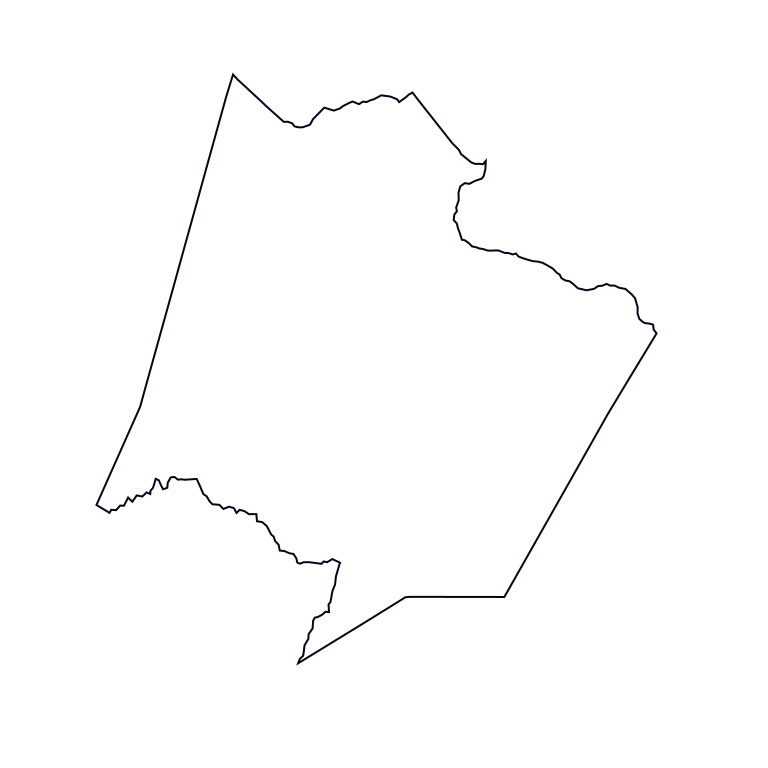 Ibimirim, Pernambuco, Brazil, rotated 192°
{"feature_id": "56859067B15287287127442", "entity_name": "Ibimirim", "entity_type": "district", "adm_level": 2, "iso_a3": "BRA", "parent_name": "Brazil", "parent_adm1": "Pernambuco", "projection": "robinson", "projection_center": [-37.602, -8.575], "detail": "fine", "context": "isolated", "style": "outline", "palette": "ink", "viewbox_px": 768, "rotation_deg": 192, "n_neighbors": 0, "source": "geoboundaries", "source_scale": "gbopen_adm2", "svg_char_len": 2672}
<svg xmlns="http://www.w3.org/2000/svg" viewBox="0 0 768 768"><g transform="rotate(192 384 384)"><path d="M222.0,200.7L179.2,336.4L159.0,400.6L157.2,405.9L147.4,434.3L127.9,490.2L131.5,493.2L133.1,498.0L136.7,498.3L141.8,497.8L144.6,498.9L147.9,500.9L150.7,505.8L151.8,511.8L156.3,520.1L160.2,523.1L167.6,527.2L173.8,527.0L178.8,528.2L183.2,527.3L187.0,528.2L191.0,525.5L195.0,524.2L198.3,520.8L205.3,517.8L214.2,517.9L219.5,521.0L223.7,523.0L228.2,523.0L232.4,524.4L235.1,527.7L237.9,528.6L242.9,532.0L249.8,534.3L254.1,535.5L259.0,535.7L263.9,535.1L272.6,535.7L278.8,536.6L282.1,539.1L284.9,537.5L289.6,538.0L293.4,537.3L299.3,538.4L302.2,538.0L306.6,536.8L310.0,536.1L315.2,536.6L319.1,536.4L322.1,536.9L326.4,536.9L330.6,539.6L334.9,541.4L337.8,541.3L341.8,548.3L343.8,551.3L346.1,556.1L350.0,558.9L350.4,564.6L348.6,568.0L350.1,571.7L349.1,579.3L350.9,586.6L350.5,593.2L346.8,597.2L342.0,597.6L337.6,601.3L334.7,603.1L331.1,605.2L329.7,608.1L329.5,615.3L330.8,623.4L332.8,619.6L337.0,619.1L340.7,618.2L344.7,618.9L356.5,624.9L359.3,628.5L367.1,633.6L409.7,669.0L416.7,675.0L420.0,672.2L421.9,669.4L427.8,662.9L430.3,665.2L437.5,666.5L446.7,665.8L453.0,660.5L456.5,658.6L459.5,656.2L463.4,655.8L466.7,652.5L473.5,653.8L477.0,651.3L482.0,647.2L484.6,644.2L489.9,641.0L499.9,641.9L508.5,628.3L510.3,622.2L516.9,618.2L520.8,617.3L525.2,617.4L528.0,619.9L532.4,620.5L536.6,619.6L557.5,631.6L561.8,634.3L590.7,651.5L596.0,655.3L598.0,633.2L602.0,568.7L604.3,530.8L605.0,519.0L607.5,478.8L609.0,454.3L609.6,444.2L609.9,438.9L613.5,381.1L616.4,334.5L617.8,310.9L640.1,205.9L625.7,200.9L624.6,204.3L619.8,204.9L616.8,210.2L613.0,210.9L610.7,219.7L605.7,216.5L602.7,223.6L597.0,223.7L593.7,228.6L589.8,227.8L590.2,231.1L588.4,234.3L588.0,237.8L587.6,243.7L584.2,243.0L580.8,238.2L578.2,235.1L574.4,237.4L575.0,242.5L573.2,248.3L569.7,249.5L565.6,247.6L562.5,248.6L558.6,249.0L547.5,252.2L542.2,245.1L540.4,242.4L537.7,238.7L534.1,237.3L530.4,233.1L526.8,230.7L519.9,231.6L515.2,228.4L509.9,231.8L505.0,231.4L501.5,227.2L499.0,230.9L494.1,230.6L489.0,228.6L481.8,230.2L479.7,223.3L474.5,223.6L469.0,220.6L463.2,213.4L460.3,211.9L457.8,207.7L453.7,204.9L451.3,199.4L446.9,199.9L441.3,198.8L437.2,198.9L433.4,195.1L431.7,191.3L428.9,190.8L425.4,193.0L419.7,194.2L407.8,195.1L406.0,197.9L402.7,197.8L398.1,202.0L389.9,200.1L390.2,196.5L391.0,185.9L390.2,177.7L391.4,170.6L391.0,159.8L392.4,156.8L390.4,149.5L394.0,149.0L396.5,145.5L400.2,142.4L403.2,141.0L404.1,137.6L403.0,130.0L405.7,123.8L405.0,119.0L407.4,111.8L406.8,105.5L406.6,101.3L409.2,97.6L409.9,93.0L353.8,146.2L322.3,176.4L318.8,179.8L314.8,181.1L222.0,200.7Z" fill="none" stroke="#020617" stroke-width="2"/></g></svg>